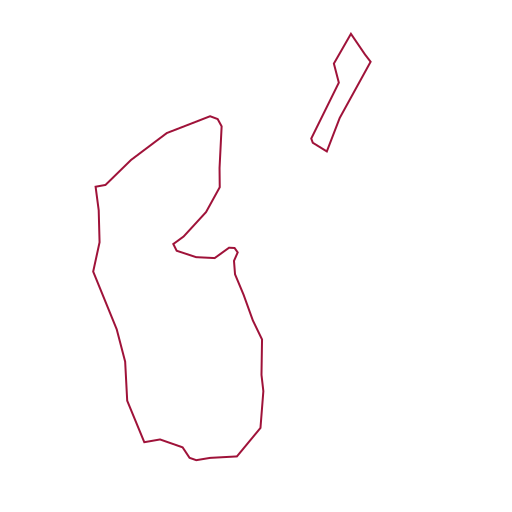 map outline of Palestine (Robinson projection), rotated 164°
{"feature_id": "PSE", "entity_name": "Palestine", "entity_type": "country or territory", "adm_level": 0, "iso_a3": "PSE", "parent_name": "Asia", "parent_adm1": "", "projection": "robinson", "projection_center": [35.031, 31.871], "detail": "fine", "context": "isolated", "style": "outline", "palette": "rose", "viewbox_px": 512, "rotation_deg": 164, "n_neighbors": 0, "source": "natural_earth", "source_scale": "50m", "svg_char_len": 759}
<svg xmlns="http://www.w3.org/2000/svg" viewBox="0 0 512 512"><g transform="rotate(164 256 256)"><path d="M414.7,107.8L419.7,152.4L410.9,190.5L410.1,223.9L416.8,285.9L402.6,312.3L394.6,343.3L391.1,366.8L381.1,365.8L349.6,382.8L307.8,398.8L261.6,403.0L255.1,398.2L253.3,390.1L266.8,350.6L271.9,332.1L291.9,312.0L320.2,294.7L332.2,290.3L330.8,282.9L313.9,271.4L296.3,265.4L279.6,271.4L274.4,269.6L272.6,264.5L278.5,257.4L281.2,244.2L278.6,222.0L276.8,195.0L273.2,174.1L283.5,140.2L286.2,124.0L299.1,89.5L329.6,68.6L355.8,74.6L369.7,76.2L375.5,80.3L379.3,92.3L398.8,106.1L414.7,107.8ZM159.1,337.0L170.2,349.2L170.5,353.7L128.6,399.8L128.1,419.5L103.5,443.4L95.7,419.7L92.3,411.1L137.5,365.6L159.1,337.0Z" fill="none" stroke="#9f1239" stroke-width="2"/></g></svg>